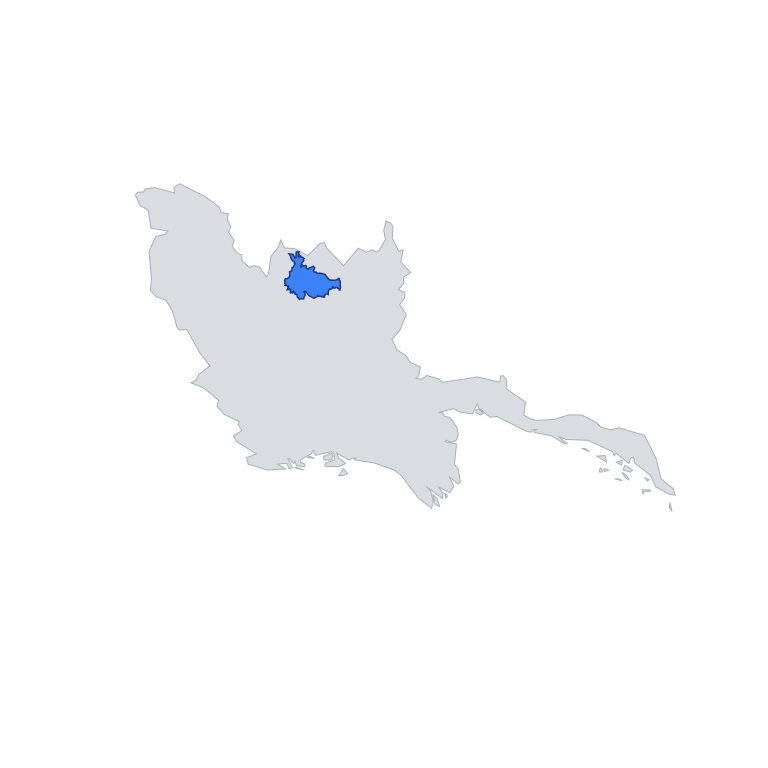 location of Lashio, Shan, Myanmar, rotated 302°
{"feature_id": "60261553B9019752921327", "entity_name": "Lashio", "entity_type": "district", "adm_level": 2, "iso_a3": "MMR", "parent_name": "Myanmar", "parent_adm1": "Shan", "projection": "orthographic", "projection_center": [98.2, 22.767], "detail": "medium", "context": "in_parent", "style": "filled", "palette": "blue", "viewbox_px": 768, "rotation_deg": 302, "n_neighbors": 0, "source": "geoboundaries", "source_scale": "gbopen_adm2", "svg_char_len": 5632}
<svg xmlns="http://www.w3.org/2000/svg" viewBox="0 0 768 768"><g transform="rotate(302 384 384)"><path d="M492.6,347.6L485.2,344.0L479.9,347.4L471.7,346.2L472.6,353.4L467.9,355.8L459.6,355.2L454.7,366.1L437.4,369.0L426.2,367.0L419.9,376.7L419.5,387.7L416.3,394.4L417.6,405.9L410.2,408.9L405.7,408.2L408.1,413.5L413.9,415.8L417.3,427.7L416.2,432.4L439.7,459.9L446.9,481.4L452.5,478.5L454.2,480.6L452.0,486.4L444.7,490.7L443.6,513.5L431.7,519.0L432.1,526.6L433.5,531.9L444.1,547.0L455.9,557.3L462.6,568.3L463.9,584.3L462.3,591.0L465.4,600.6L471.5,606.9L478.5,632.2L464.7,654.6L450.4,669.2L448.6,684.7L444.0,689.8L441.8,685.0L440.8,668.8L447.7,658.5L449.8,638.6L454.3,634.4L451.9,632.4L446.4,633.8L448.3,617.7L445.2,617.1L447.7,613.7L444.3,586.8L433.5,567.8L432.0,559.7L430.4,570.7L429.1,568.5L428.8,553.6L422.6,537.3L423.2,535.9L426.1,537.3L423.5,533.6L421.3,534.4L419.4,530.4L416.2,496.6L412.1,491.7L413.8,477.1L416.8,473.4L405.5,474.9L400.3,462.5L399.9,455.8L388.8,445.4L390.7,448.7L388.7,452.1L390.6,457.8L385.9,468.5L381.2,473.3L375.1,475.2L370.3,472.1L369.3,466.5L367.4,466.4L371.6,477.2L353.4,486.2L350.7,492.5L341.2,500.8L338.4,499.7L340.0,488.3L334.4,497.3L326.8,497.3L325.4,485.1L322.2,492.1L317.8,494.3L319.5,474.0L318.2,479.9L310.8,487.8L303.8,490.2L305.6,473.5L315.5,447.3L316.5,438.6L311.8,417.3L304.0,399.3L306.3,399.1L300.9,393.9L300.4,380.6L297.0,385.3L296.4,393.5L289.5,389.0L283.0,377.4L285.8,376.4L293.4,382.1L297.8,379.1L299.1,375.4L287.2,363.8L290.3,359.4L286.3,359.3L276.1,353.6L273.1,354.5L274.3,359.3L272.0,360.6L268.3,353.2L271.3,349.7L268.8,349.5L270.6,343.1L269.7,342.1L264.6,350.5L261.8,348.4L265.1,344.2L263.9,341.6L259.6,336.4L259.7,345.5L249.4,330.9L244.0,311.3L248.8,306.6L257.0,312.6L257.1,288.8L260.8,283.8L269.2,288.4L271.8,282.5L275.3,281.0L273.6,264.6L276.6,254.1L282.3,252.5L283.9,244.0L285.0,232.6L282.7,219.6L287.7,222.9L293.6,221.9L307.1,226.7L312.5,211.9L325.8,187.8L321.3,182.1L322.2,178.6L333.6,166.1L339.5,154.8L337.3,144.5L339.8,136.2L350.0,131.0L372.0,114.5L388.2,112.3L394.8,119.0L399.2,119.6L392.6,103.8L406.4,92.1L406.1,82.8L412.5,73.0L416.1,73.4L419.3,78.2L422.8,78.2L429.0,85.4L435.0,105.2L439.5,101.6L445.5,104.4L448.2,133.7L446.7,150.8L443.0,154.7L445.8,161.7L440.1,164.2L436.1,171.0L430.3,171.5L426.3,180.9L420.5,182.2L417.3,189.5L417.9,195.0L413.2,198.2L411.6,207.7L415.7,211.5L417.0,216.6L412.5,227.2L416.2,227.7L432.4,220.5L443.8,221.9L451.5,220.1L446.7,227.4L451.5,236.8L452.5,251.4L469.7,255.4L472.5,259.0L468.7,263.6L462.9,287.1L485.5,290.2L486.3,299.2L491.2,302.4L491.9,307.5L495.0,309.0L507.2,308.6L514.3,302.3L523.4,299.4L524.0,304.6L522.0,308.4L512.0,313.8L505.3,324.7L504.9,327.1L508.1,329.1L496.4,333.6L492.6,347.6ZM290.2,371.2L297.4,375.8L295.9,379.0L291.3,379.1L287.9,373.3L290.2,371.2ZM435.7,602.8L440.5,609.5L435.8,614.1L435.7,602.8ZM288.7,400.5L284.9,397.9L282.4,394.2L290.6,394.5L288.7,400.5ZM442.7,631.6L442.8,640.4L439.8,639.5L437.8,632.1L442.7,631.6ZM314.8,490.4L309.7,495.9L309.0,491.1L316.0,484.2L314.8,490.4ZM411.9,483.9L408.8,482.2L408.5,477.0L410.8,475.5L412.7,478.1L411.9,483.9ZM432.7,642.4L432.1,639.5L435.3,632.4L434.8,638.6L432.7,642.4ZM430.9,658.8L435.1,665.4L434.4,666.7L430.6,661.5L428.1,661.9L430.9,658.8ZM445.5,626.6L441.0,628.5L440.8,622.4L445.5,626.6ZM435.1,689.3L429.3,695.0L430.1,691.8L435.1,689.3ZM266.9,354.1L268.7,361.5L265.5,352.7L266.9,354.1ZM435.8,588.9L435.6,594.3L434.2,585.5L435.8,588.9ZM283.5,359.8L284.0,364.5L281.1,357.8L283.5,359.8ZM429.9,620.2L426.7,617.5L427.8,615.6L429.5,616.0L429.9,620.2ZM427.6,612.3L425.5,616.0L423.5,613.8L425.1,612.2L427.6,612.3ZM428.1,634.0L428.2,637.2L425.8,629.8L428.1,634.0ZM322.4,497.2L320.1,497.0L323.2,493.4L323.5,494.8L322.4,497.2ZM443.3,659.4L441.2,658.8L442.8,655.3L443.3,659.4Z" fill="#d9dde1" stroke="#a8b0b8" stroke-width="1"/><path d="M415.2,247.7L415.5,248.7L416.1,248.8L416.0,250.1L416.4,250.8L415.9,251.5L415.4,250.9L414.9,251.5L412.6,252.0L413.7,253.1L414.7,253.4L414.7,254.6L413.3,254.9L413.1,256.1L411.7,256.1L411.7,256.5L412.8,257.6L412.8,258.3L413.5,258.4L414.1,257.8L414.8,258.2L414.2,259.9L413.8,259.9L414.0,260.7L413.0,261.2L413.8,262.5L411.4,264.9L411.9,265.6L410.8,267.4L412.7,268.4L412.7,269.4L413.6,270.8L415.2,270.2L417.5,270.1L419.4,268.5L419.6,267.2L420.9,267.9L420.2,271.1L419.2,273.1L419.6,279.2L422.9,280.9L423.6,280.7L423.5,281.9L424.6,283.1L424.8,284.9L425.6,285.9L425.9,285.5L426.3,285.9L425.7,286.8L426.2,287.5L427.8,286.7L429.5,287.0L430.2,287.8L430.4,289.3L432.1,288.1L435.4,287.3L436.9,289.3L439.0,288.9L439.2,289.8L438.7,290.2L439.2,290.6L439.0,291.4L440.6,292.0L441.0,292.8L440.6,294.1L441.1,294.7L440.1,296.2L440.3,296.8L441.5,296.1L442.7,296.2L444.4,294.5L447.7,292.7L448.4,291.8L448.3,290.5L449.6,290.4L449.7,289.7L447.8,289.0L445.9,287.4L443.5,283.0L443.5,281.3L443.9,281.2L445.1,276.9L445.7,276.3L444.9,273.0L443.6,270.2L443.1,270.1L442.5,267.8L442.9,267.2L441.9,265.5L443.1,263.9L445.8,263.7L446.3,261.5L443.7,260.1L443.1,259.2L441.7,259.3L440.8,257.0L443.0,255.6L443.0,254.7L442.1,254.1L441.9,253.2L439.2,251.8L439.8,251.2L440.3,251.4L440.3,250.9L441.7,251.2L441.6,250.7L443.7,250.1L445.8,250.6L447.2,249.6L448.1,249.8L448.2,247.5L447.6,246.0L448.2,245.5L446.6,244.6L446.6,244.1L447.3,243.2L447.9,243.4L448.5,242.9L448.6,243.6L449.2,242.5L451.1,241.9L450.6,240.9L450.0,240.7L449.7,239.8L449.2,239.7L444.5,242.4L443.7,241.7L445.8,238.1L444.0,234.5L443.4,236.2L440.8,239.3L440.0,241.2L440.5,242.6L440.0,243.5L439.1,243.7L439.0,244.9L434.2,245.1L433.9,244.4L431.3,245.9L429.2,244.4L426.4,246.5L424.2,246.9L421.8,246.1L420.9,244.6L419.3,244.7L418.2,245.8L416.7,246.4L416.7,247.7L415.2,247.7Z" fill="#3b82f6" stroke="#1e3a8a" stroke-width="1.5"/></g></svg>